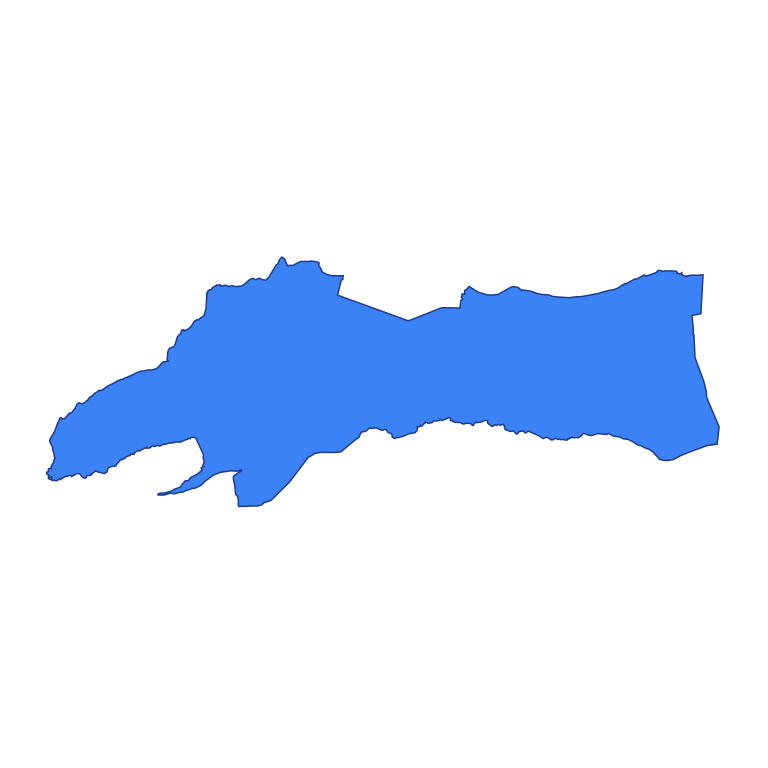 the district of Magharibi, Zanzibar West, United Republic of Tanzania, rotated 91°
{"feature_id": "72390352B70436774950451", "entity_name": "Magharibi", "entity_type": "district", "adm_level": 2, "iso_a3": "TZA", "parent_name": "United Republic of Tanzania", "parent_adm1": "Zanzibar West", "projection": "orthographic", "projection_center": [39.256, -6.174], "detail": "fine", "context": "isolated", "style": "filled", "palette": "blue", "viewbox_px": 768, "rotation_deg": 91, "n_neighbors": 0, "source": "geoboundaries", "source_scale": "gbopen_adm2", "svg_char_len": 6137}
<svg xmlns="http://www.w3.org/2000/svg" viewBox="0 0 768 768"><g transform="rotate(91 384 384)"><path d="M269.2,66.9L269.9,73.3L269.7,77.7L270.5,82.5L271.5,83.6L270.7,84.6L269.8,88.0L267.5,88.1L268.6,89.6L268.6,90.9L267.9,92.9L267.5,92.7L266.4,93.4L265.9,94.4L266.4,96.0L265.9,97.2L265.9,100.0L266.3,101.1L265.8,104.3L266.6,107.4L265.8,109.2L265.4,111.3L266.8,113.1L267.6,113.2L271.0,122.1L271.4,124.5L270.4,125.7L274.3,132.4L274.9,134.0L274.6,135.0L279.5,143.7L279.7,145.5L284.0,151.9L285.7,155.9L286.7,161.5L289.5,170.6L291.9,181.5L293.4,189.8L293.3,192.7L294.5,200.3L293.9,213.2L293.4,217.3L292.1,220.7L291.7,227.8L290.9,232.2L288.6,238.9L287.4,248.7L285.2,251.5L284.3,255.8L284.8,258.3L292.5,271.6L293.2,277.4L293.1,282.3L290.6,291.3L285.0,300.6L288.3,303.4L288.9,304.9L290.0,305.1L292.6,304.7L292.6,307.4L295.9,308.1L297.1,307.0L298.0,307.0L299.0,308.6L306.7,309.4L306.7,326.7L307.3,329.2L319.7,358.7L320.3,361.2L296.0,432.0L280.8,428.5L280.3,427.0L278.3,427.2L277.1,426.6L276.5,426.7L276.7,437.9L275.2,443.9L272.6,448.1L269.6,449.2L267.2,451.2L264.0,451.0L262.8,454.3L262.4,458.7L262.9,462.8L262.9,469.2L265.0,473.7L267.0,476.7L267.2,482.7L260.5,485.7L259.0,488.5L261.7,490.8L265.9,492.4L266.7,493.7L278.9,500.8L282.3,504.1L281.6,508.3L280.4,510.3L282.0,514.4L280.8,516.5L280.9,518.1L282.5,520.8L286.7,525.3L288.5,528.1L289.2,532.9L288.4,538.4L289.3,540.9L288.0,543.6L288.7,547.8L288.6,549.4L287.7,549.5L288.1,551.8L287.9,552.8L290.7,557.2L292.0,557.6L292.9,558.6L293.0,560.4L293.7,561.3L294.5,562.0L295.9,562.1L296.6,563.1L297.1,562.7L311.8,563.3L318.8,565.2L321.7,569.2L323.0,570.3L323.0,572.3L324.0,573.3L324.4,574.6L330.2,578.0L332.8,581.3L334.0,583.2L333.6,584.0L334.4,584.7L333.2,585.7L334.0,587.4L336.9,588.0L340.2,591.3L347.6,593.4L350.6,594.8L350.9,596.8L351.8,597.9L351.7,598.6L353.5,600.0L356.9,601.0L357.3,600.7L362.6,601.3L363.6,601.2L364.9,599.9L365.8,605.4L372.4,611.3L374.0,616.1L374.0,619.8L375.4,624.9L375.2,626.4L376.6,630.4L380.9,639.0L380.9,639.9L382.1,641.1L382.1,642.2L383.9,645.7L384.1,647.6L385.1,648.5L385.2,650.5L386.9,652.5L391.1,660.6L395.3,666.2L395.5,669.4L396.7,670.3L398.4,673.2L401.1,675.7L402.4,678.0L405.7,680.3L406.6,681.8L407.8,682.6L409.1,685.7L408.1,688.6L408.8,689.6L410.0,690.9L413.6,692.2L414.3,693.1L417.2,694.9L418.6,696.4L418.4,697.7L418.9,698.3L424.5,703.0L424.5,704.8L423.2,706.5L424.3,707.8L427.7,708.6L428.1,709.4L436.4,712.2L445.4,717.1L447.2,717.2L454.0,713.8L455.3,714.2L459.4,712.8L463.9,711.9L465.5,712.2L465.8,712.7L468.7,713.2L470.2,714.4L472.9,715.5L474.6,715.3L474.3,716.8L474.8,718.0L477.5,718.2L478.2,719.8L479.5,719.7L480.1,719.4L480.4,718.1L481.3,717.9L481.4,717.4L482.3,717.9L484.4,717.8L484.2,717.2L484.5,717.3L484.9,716.6L483.6,716.5L482.8,714.7L484.5,714.5L485.4,715.2L486.4,713.4L486.0,711.8L486.6,710.4L486.5,709.5L484.6,706.7L484.6,705.8L485.2,705.3L484.3,704.7L481.8,700.7L482.0,699.5L480.7,696.5L481.2,695.1L482.0,694.6L481.3,694.0L481.3,693.4L480.7,693.1L480.4,691.8L478.9,689.7L479.0,686.8L482.9,683.3L483.5,681.4L482.6,679.9L481.1,679.8L480.5,676.5L479.7,674.8L478.1,673.6L476.0,670.6L477.0,668.5L478.4,661.9L476.6,659.2L472.7,658.4L471.4,655.5L470.5,650.6L467.9,649.2L465.8,647.0L464.7,646.7L463.9,643.9L462.4,641.3L461.3,640.7L459.8,636.5L458.7,636.2L458.6,632.8L456.7,631.6L455.3,629.7L455.1,626.9L452.2,622.4L452.4,621.4L451.5,619.9L452.3,619.6L451.9,616.8L450.0,614.8L450.5,612.1L449.2,608.8L450.0,607.9L449.6,606.1L447.8,603.2L448.1,601.6L446.6,597.5L446.8,594.7L445.8,593.8L446.3,593.3L446.2,592.2L445.5,591.0L445.7,589.4L445.3,587.9L445.9,587.1L442.9,580.7L443.0,579.7L441.7,578.0L442.1,577.0L441.1,576.2L440.5,574.7L440.6,572.9L441.4,571.2L458.2,563.1L461.4,563.6L464.3,562.3L469.0,563.8L469.8,562.6L469.9,563.9L471.1,565.4L473.3,564.3L477.4,569.2L481.1,576.0L484.0,577.9L484.0,580.0L484.6,581.5L486.6,582.8L487.4,584.0L488.7,584.4L490.8,586.1L492.5,590.9L495.0,595.2L496.9,601.9L496.9,604.9L497.8,607.9L498.9,608.0L498.9,602.2L496.8,595.4L497.5,592.5L496.9,589.5L496.0,587.3L495.5,583.0L493.8,579.7L492.8,576.1L491.5,574.2L491.8,572.7L491.3,570.7L488.2,564.9L485.1,562.1L478.2,553.2L475.2,546.1L473.5,535.6L473.7,529.4L472.4,525.0L473.4,525.0L475.9,529.2L478.9,532.9L481.6,533.0L487.8,531.5L497.0,530.4L499.0,528.4L503.1,527.5L507.3,527.7L509.0,526.8L508.1,508.1L507.0,504.4L504.5,501.5L503.3,497.2L502.0,494.6L483.8,476.9L458.7,458.5L454.7,451.9L453.5,446.6L453.3,430.9L452.5,425.9L439.9,411.2L437.9,408.3L432.6,406.0L431.5,401.3L428.7,398.3L428.0,390.4L429.5,387.8L430.4,384.9L429.3,382.1L429.7,380.9L432.4,379.2L433.6,375.4L436.9,374.8L436.9,374.2L438.0,373.4L438.1,372.4L436.1,364.4L433.0,357.4L432.1,351.9L429.4,349.8L427.7,350.1L425.9,349.7L426.5,348.8L425.5,346.8L424.7,346.8L425.4,345.3L422.8,343.3L422.8,342.5L422.0,342.6L421.5,341.9L421.4,340.2L422.5,339.3L422.7,338.5L421.7,336.1L421.9,335.6L419.8,332.8L420.2,330.7L419.3,327.8L418.3,327.5L419.6,325.2L416.3,318.2L416.3,317.7L417.6,316.8L419.1,317.3L419.6,316.4L419.3,314.8L420.2,314.5L421.0,313.0L421.2,307.2L422.7,303.9L421.8,301.0L421.8,298.7L422.3,296.3L423.8,294.9L424.0,294.2L421.1,292.3L420.5,286.5L418.8,282.9L418.4,281.1L419.1,280.1L421.5,279.4L424.3,275.6L424.4,274.9L422.9,272.2L423.4,270.8L422.4,268.9L423.2,267.5L422.2,264.0L422.7,263.4L427.6,262.0L428.0,259.5L429.3,257.5L428.7,253.7L431.7,250.8L431.4,249.5L429.7,248.5L429.0,247.4L428.6,243.9L429.4,242.7L430.2,242.6L430.3,241.1L428.5,239.0L433.2,227.9L435.4,224.6L435.7,223.7L434.5,221.1L434.4,219.9L437.0,215.7L436.8,213.7L435.9,212.8L435.5,211.7L435.6,210.5L436.5,209.2L436.1,208.0L436.6,206.1L436.2,203.2L436.7,202.7L437.0,200.1L435.6,199.5L435.8,198.1L434.7,197.5L434.7,196.0L433.8,195.5L434.4,193.7L434.2,188.4L432.3,185.7L430.4,184.6L429.8,183.2L431.5,178.8L431.9,175.8L429.8,169.2L430.6,160.7L429.7,158.9L430.0,157.6L431.9,154.2L433.0,146.6L434.5,144.1L435.1,139.1L437.3,134.4L440.4,129.4L440.9,126.9L443.5,121.6L444.6,117.8L447.3,113.8L454.5,107.1L455.2,104.8L455.6,99.4L454.5,93.4L450.5,86.2L446.9,77.9L440.0,60.1L438.3,49.8L421.0,48.2L391.6,61.2L386.0,61.6L375.8,64.3L352.2,73.5L329.2,75.0L328.9,75.6L321.6,75.9L310.1,77.3L308.2,68.4L269.2,66.9Z" fill="#3b82f6" stroke="#1e3a8a" stroke-width="1.5"/></g></svg>